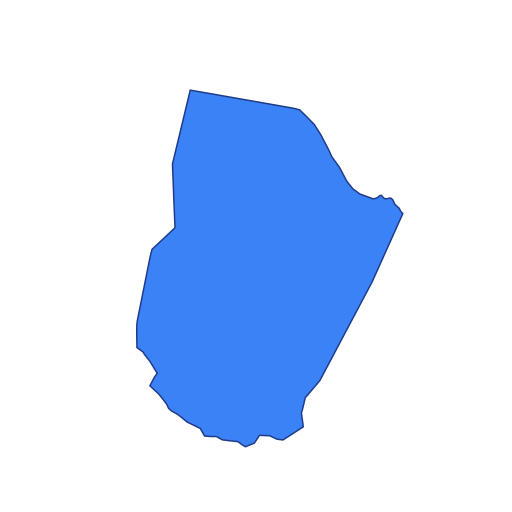 outline of City Gate, Castries, Saint Lucia, rotated 245°
{"feature_id": "8701671B55145671844028", "entity_name": "City Gate", "entity_type": "district", "adm_level": 2, "iso_a3": "LCA", "parent_name": "Saint Lucia", "parent_adm1": "Castries", "projection": "natural_earth1", "projection_center": [-60.982, 14.021], "detail": "fine", "context": "isolated", "style": "filled", "palette": "blue", "viewbox_px": 512, "rotation_deg": 245, "n_neighbors": 0, "source": "geoboundaries", "source_scale": "gbopen_adm2", "svg_char_len": 1292}
<svg xmlns="http://www.w3.org/2000/svg" viewBox="0 0 512 512"><g transform="rotate(245 256 256)"><path d="M434.1,266.5L374.7,219.2L342.4,205.6L316.7,194.9L315.8,194.5L306.0,164.6L305.3,164.0L299.2,159.1L247.8,121.3L246.6,120.5L244.5,119.2L241.1,117.5L236.7,115.4L223.3,109.4L216.4,113.2L214.4,113.2L213.6,113.4L204.9,115.4L191.5,116.9L188.9,112.4L188.3,111.7L187.8,111.0L183.2,105.0L172.4,109.4L164.6,111.3L159.6,112.4L154.7,112.4L151.3,113.9L145.9,117.9L144.2,118.8L134.5,123.5L130.1,127.1L123.3,132.6L114.6,133.3L111.2,139.3L109.2,143.8L103.6,147.8L99.6,154.2L99.0,155.2L95.4,161.2L91.4,163.3L87.6,165.8L87.2,173.8L87.1,175.4L92.0,183.3L87.3,192.5L86.4,193.2L83.5,195.6L81.6,197.1L80.2,199.0L77.9,202.7L78.7,208.7L81.2,226.6L83.1,227.3L94.5,230.8L97.2,233.2L106.7,240.7L116.0,261.0L121.1,267.8L183.7,350.6L232.4,407.0L235.5,406.0L238.6,406.0L241.6,404.7L244.3,403.7L246.7,403.7L249.1,403.7L250.4,403.2L251.5,402.6L252.0,401.6L252.2,400.6L252.6,398.8L253.7,396.7L255.7,395.9L258.1,395.2L258.4,393.4L257.7,392.1L257.7,390.0L257.7,388.2L258.6,385.9L260.3,384.4L262.8,381.8L268.5,376.2L275.9,372.2L285.3,369.9L301.4,369.1L313.5,366.7L322.9,366.7L339.1,365.9L350.5,364.4L361.9,360.4L370.0,357.3L373.3,353.4L374.4,351.9L434.1,266.5Z" fill="#3b82f6" stroke="#1e3a8a" stroke-width="1.5"/></g></svg>